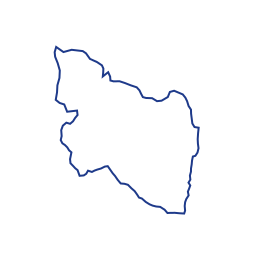 Avelinópolis, Goiás, Brazil (Natural Earth projection), rotated 344°
{"feature_id": "56859067B50448120203224", "entity_name": "Avelinópolis", "entity_type": "district", "adm_level": 2, "iso_a3": "BRA", "parent_name": "Brazil", "parent_adm1": "Goiás", "projection": "natural_earth1", "projection_center": [-49.768, -16.489], "detail": "fine", "context": "isolated", "style": "outline", "palette": "blue", "viewbox_px": 256, "rotation_deg": 344, "n_neighbors": 0, "source": "geoboundaries", "source_scale": "gbopen_adm2", "svg_char_len": 1599}
<svg xmlns="http://www.w3.org/2000/svg" viewBox="0 0 256 256"><g transform="rotate(344 128 128)"><path d="M68.3,160.6L72.4,161.4L75.2,160.5L77.8,158.0L81.2,160.3L84.1,159.7L87.0,159.5L90.8,159.5L95.1,158.7L98.0,159.1L99.3,162.9L100.8,167.3L102.3,170.5L103.8,175.0L105.7,179.3L109.3,180.7L112.3,182.6L114.6,186.8L117.0,190.5L118.4,194.5L119.4,197.9L121.9,199.6L124.7,204.0L127.7,207.3L130.3,209.4L133.4,211.2L137.2,212.7L140.7,216.7L142.5,220.6L145.6,221.3L149.8,222.5L153.6,224.0L158.4,225.7L160.1,223.2L161.0,218.6L162.5,215.0L164.4,212.4L167.7,209.5L168.0,205.7L169.9,203.3L172.0,200.4L171.1,197.2L173.7,194.8L174.4,190.8L176.5,187.3L177.4,184.3L179.2,180.5L180.6,176.9L182.5,173.3L185.1,173.3L188.0,170.8L190.2,166.9L190.9,162.3L191.9,158.0L193.9,152.4L196.0,147.2L192.2,145.4L191.1,141.4L191.9,136.2L192.6,131.6L193.6,127.7L192.3,123.6L192.2,118.5L191.5,114.6L189.9,110.8L182.6,104.9L178.2,104.9L174.8,109.2L167.8,111.0L163.3,110.2L159.4,106.0L153.6,104.1L150.8,102.4L150.0,98.7L149.4,95.0L147.6,91.3L142.5,87.8L137.4,83.9L132.7,80.7L127.0,79.2L124.2,77.5L125.0,73.6L124.3,68.9L118.0,71.5L119.5,67.7L120.7,64.1L120.2,60.6L116.4,56.1L110.5,51.1L108.2,44.6L105.7,41.6L95.4,37.3L86.9,37.2L81.3,30.3L78.4,34.9L77.6,39.4L78.3,46.3L78.3,53.9L75.9,61.0L71.9,67.5L69.6,74.2L66.3,81.0L69.2,85.1L73.2,87.8L74.0,95.6L83.8,97.2L83.1,101.6L79.9,103.8L77.0,106.4L73.5,108.0L70.2,105.9L66.0,107.8L63.2,111.7L62.0,117.5L60.0,121.1L60.7,124.6L62.7,127.0L64.3,129.9L65.2,133.2L66.9,135.8L63.7,142.0L63.0,146.0L64.7,149.2L66.2,152.2L67.9,154.6L68.3,160.6Z" fill="none" stroke="#1e3a8a" stroke-width="2"/></g></svg>